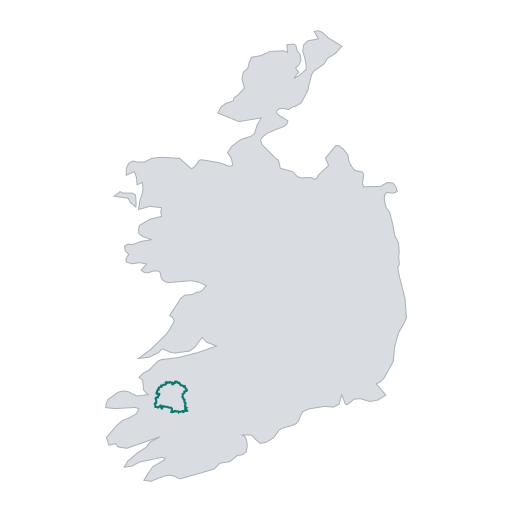 Castleisland Lea-4, Kerry, Ireland shown in context
{"feature_id": "5873133B10619392934553", "entity_name": "Castleisland Lea-4", "entity_type": "district", "adm_level": 2, "iso_a3": "IRL", "parent_name": "Ireland", "parent_adm1": "Kerry", "projection": "mercator", "projection_center": [-9.401, 52.23], "detail": "fine", "context": "in_parent", "style": "outline", "palette": "teal", "viewbox_px": 512, "rotation_deg": 0, "n_neighbors": 0, "source": "geoboundaries", "source_scale": "gbopen_adm2", "svg_char_len": 8463}
<svg xmlns="http://www.w3.org/2000/svg" viewBox="0 0 512 512"><path d="M324.2,63.8L313.3,71.6L311.7,74.5L308.6,86.3L308.2,89.6L301.4,102.7L297.5,105.3L291.8,107.5L288.5,109.6L284.4,108.5L279.2,108.7L276.6,111.0L276.7,112.8L278.2,114.8L287.9,120.8L287.3,123.3L284.6,126.1L267.3,133.1L262.2,137.3L260.4,140.1L262.2,144.8L276.0,158.7L278.4,160.2L280.4,168.3L292.5,171.6L297.5,176.7L301.8,177.9L311.1,177.5L314.8,179.3L317.0,177.9L318.2,175.3L328.6,165.4L325.4,158.1L335.9,145.5L338.8,145.7L343.7,149.5L347.8,154.8L349.1,162.0L352.9,168.4L355.4,170.6L362.1,171.9L363.7,174.4L362.5,183.6L363.5,186.7L380.5,186.5L387.3,182.4L393.2,183.2L396.1,187.3L397.4,191.6L392.3,193.2L387.0,192.3L384.5,195.1L384.3,200.5L386.1,207.4L389.6,212.3L392.5,223.3L394.8,235.5L398.5,242.9L399.2,252.0L398.7,256.5L399.3,264.5L397.8,267.3L399.0,274.9L405.1,299.0L406.4,317.8L403.3,324.8L399.2,331.5L396.6,339.4L394.5,347.9L393.3,361.5L384.4,377.5L380.7,381.5L376.3,383.9L385.8,395.0L378.1,400.0L369.6,401.5L360.2,398.7L354.3,399.1L346.9,404.8L345.2,403.8L341.7,394.7L339.1,404.1L333.7,407.1L324.4,406.4L308.9,408.9L303.0,411.6L300.5,415.8L298.7,420.6L296.2,423.5L293.5,425.0L281.6,428.5L279.2,429.9L273.7,437.7L266.4,442.2L260.4,443.5L255.1,439.0L252.9,436.3L250.4,434.9L242.2,435.1L244.8,436.5L246.5,439.7L247.3,445.8L246.3,451.8L242.3,454.8L237.5,455.4L229.8,461.6L219.8,463.3L214.3,469.0L181.0,478.6L179.1,478.7L174.5,476.2L169.6,475.2L164.6,475.9L150.6,481.3L143.9,480.2L152.5,466.9L164.1,460.1L165.3,458.3L161.5,457.4L139.5,462.1L131.9,466.1L124.2,467.2L127.8,461.1L137.6,452.8L146.1,447.3L149.8,442.3L160.2,436.7L126.7,448.3L117.9,446.9L115.9,443.7L109.0,445.2L106.4,437.4L116.6,425.6L122.5,420.5L129.5,417.7L136.3,413.8L138.8,408.9L135.6,407.4L115.3,408.6L105.6,407.6L106.2,403.7L108.0,399.5L118.0,392.2L123.4,391.0L128.3,391.7L136.9,396.0L148.2,394.6L143.5,390.0L142.7,380.5L139.0,377.3L143.7,372.9L149.0,370.2L157.9,361.1L161.1,359.7L178.6,357.5L197.6,352.7L216.4,346.0L206.8,342.3L202.1,337.4L194.7,347.3L189.4,351.1L174.3,353.1L169.5,352.0L162.8,348.9L160.7,350.1L158.8,352.5L148.8,357.3L138.3,358.5L150.5,349.6L166.0,334.5L169.4,329.7L174.3,321.3L172.8,317.6L169.6,315.5L180.8,298.3L184.8,295.2L192.0,294.6L197.3,291.9L199.6,291.9L201.7,290.9L206.3,285.7L199.2,282.4L191.8,280.7L169.0,282.5L166.0,282.1L163.2,280.5L161.4,278.2L160.0,272.3L158.3,271.0L153.2,271.0L148.1,272.8L144.6,272.6L141.1,270.1L146.6,264.0L139.5,262.6L132.3,263.8L126.2,262.0L126.1,258.2L128.8,254.4L125.2,250.8L124.5,246.2L128.3,244.0L132.4,244.7L140.9,241.4L151.8,239.7L142.5,236.4L138.8,233.6L138.6,229.2L139.3,225.5L150.1,219.1L161.6,216.4L160.8,212.2L161.6,207.7L149.9,206.3L138.5,209.5L139.7,200.9L142.4,193.1L143.0,187.9L142.4,182.4L137.1,184.8L136.4,177.0L134.1,171.6L126.2,175.3L126.4,168.2L128.7,163.3L132.8,161.1L137.0,162.0L144.6,162.0L152.0,158.2L162.7,157.3L179.7,158.4L191.4,168.9L194.4,167.1L199.1,160.4L201.3,159.7L218.9,162.6L229.9,166.4L232.8,165.2L231.2,157.9L227.4,152.7L232.2,146.0L237.9,141.5L241.8,139.2L250.6,136.4L254.5,133.7L257.1,125.1L261.2,117.9L238.9,121.6L217.7,113.0L221.1,107.0L225.6,103.5L233.3,100.9L234.0,97.7L237.9,95.1L244.4,88.1L242.0,79.1L243.3,72.4L247.9,68.1L249.4,61.9L251.5,57.3L260.9,55.6L270.0,51.4L284.0,50.8L287.6,52.5L286.8,44.9L293.3,44.0L295.9,45.5L297.0,50.8L300.0,54.2L301.0,60.2L298.9,64.8L295.6,68.3L298.7,71.9L293.9,78.4L299.0,75.6L306.3,69.2L306.0,64.0L304.7,57.5L302.7,51.5L303.6,45.0L307.7,40.9L318.5,38.8L314.1,31.4L318.0,30.7L322.3,32.3L328.6,38.1L342.0,46.2L335.4,53.4L327.4,58.4L324.2,63.8ZM136.1,203.8L135.8,207.1L130.7,202.9L128.2,198.3L114.2,196.2L120.1,191.6L122.9,193.0L132.8,193.2L135.6,195.1L136.1,203.8Z" fill="#d9dde1" stroke="#a8b0b8" stroke-width="1"/><path d="M186.5,389.2L185.9,388.9L185.6,388.6L185.4,388.1L185.4,387.8L185.2,387.5L185.1,387.0L184.9,386.6L184.5,386.5L184.4,386.4L184.4,386.2L184.2,386.3L184.3,386.4L184.1,386.5L184.1,386.4L184.1,386.0L183.8,386.0L183.5,386.2L183.1,385.9L182.9,385.9L182.7,385.7L182.4,385.5L182.0,385.5L181.8,385.3L181.5,385.3L181.1,385.2L180.8,385.3L180.7,385.2L180.8,385.1L180.7,384.9L180.2,384.4L180.1,384.2L179.8,383.9L179.8,383.6L179.5,383.4L179.4,383.2L179.2,383.4L178.9,383.1L178.7,382.8L178.1,382.9L178.0,382.5L177.5,382.1L177.3,382.0L177.1,382.0L176.9,381.9L176.6,381.8L176.1,381.4L175.6,381.5L175.3,381.6L174.9,381.8L174.6,382.3L174.5,382.5L174.6,382.8L174.8,383.0L174.4,383.1L174.0,383.0L173.4,383.1L173.0,382.9L172.9,383.1L172.8,383.7L173.1,384.3L172.9,384.4L172.5,383.9L172.2,384.0L172.1,383.2L171.6,382.7L171.2,382.6L171.1,382.4L170.8,382.2L170.6,382.1L170.4,382.2L170.2,382.0L169.0,382.3L168.9,382.3L168.9,382.5L168.7,382.4L168.2,382.7L167.8,382.7L167.6,382.8L167.4,382.7L167.0,382.6L166.7,382.1L165.7,382.4L165.7,382.7L166.0,383.4L166.5,383.4L166.5,383.5L166.3,383.7L165.8,384.0L165.5,384.5L165.0,384.6L164.4,384.9L164.1,384.9L163.4,384.7L162.9,385.2L162.6,385.4L162.2,385.5L161.2,385.6L161.3,385.9L161.5,386.7L160.7,386.9L160.2,387.1L159.0,387.5L159.0,387.9L158.7,388.1L158.7,388.3L158.6,388.2L158.5,388.4L158.5,388.5L158.4,388.6L158.3,389.1L158.2,389.2L158.4,389.4L158.3,389.7L157.9,389.7L157.7,390.0L157.6,390.5L157.2,390.8L157.1,391.1L157.1,391.4L157.2,391.7L157.1,392.5L156.6,392.5L156.5,392.8L156.7,393.0L156.5,393.4L156.6,393.7L156.9,393.7L157.2,393.8L157.4,393.9L157.4,394.0L157.8,394.1L158.0,394.1L158.2,393.7L158.6,393.7L159.2,393.9L159.3,393.9L159.3,394.1L159.2,394.1L159.2,394.3L159.0,394.8L159.0,395.0L158.9,395.0L159.0,395.1L158.8,395.4L158.9,395.5L158.7,395.7L158.5,395.8L158.2,396.1L158.0,396.5L158.0,396.8L158.0,397.1L157.9,397.5L157.4,397.5L157.1,397.3L156.6,397.6L156.1,397.5L155.9,397.9L155.5,398.4L156.0,399.9L156.1,400.0L156.2,400.3L156.2,400.6L156.2,400.8L156.2,401.4L156.3,401.7L156.2,401.8L156.3,402.0L156.2,403.1L155.8,403.2L155.5,403.3L155.2,403.7L154.9,403.6L155.0,403.7L155.0,403.8L154.8,403.6L154.7,403.7L154.7,403.8L155.1,404.3L155.0,404.5L155.1,404.9L155.1,405.0L155.2,405.3L155.3,405.7L155.4,405.9L155.4,406.2L155.4,406.3L155.5,406.5L155.5,407.0L156.6,407.0L157.1,407.1L157.4,407.3L157.4,407.2L157.7,407.2L157.8,407.3L158.0,407.2L158.6,406.8L159.1,406.6L159.4,406.7L159.6,406.4L159.7,406.2L159.9,406.0L160.4,405.7L160.4,405.8L160.3,406.1L160.5,406.4L160.6,406.5L160.8,407.0L161.3,407.7L161.3,407.9L161.8,408.6L162.0,408.6L162.1,408.4L162.1,408.0L162.5,407.2L162.9,407.0L163.0,406.6L162.9,406.3L162.8,406.2L163.6,406.2L163.7,406.3L164.1,406.3L165.1,406.8L165.5,406.7L165.9,406.8L166.2,406.7L167.4,406.9L167.9,407.1L168.1,407.4L168.4,407.5L169.3,407.5L170.2,407.8L170.6,407.6L171.0,407.6L171.5,408.1L171.9,408.6L171.8,408.9L171.9,409.7L171.8,410.1L171.8,410.3L172.0,410.8L171.7,411.1L171.6,411.4L171.4,411.5L171.4,411.8L171.3,412.0L171.7,412.1L171.9,412.1L172.1,412.2L172.6,412.1L172.8,412.0L173.4,412.0L173.6,412.0L173.8,411.5L174.1,411.4L174.4,411.0L174.6,410.8L175.1,410.9L175.2,411.0L175.6,411.1L175.9,411.5L176.2,411.6L176.4,411.4L176.5,411.3L177.1,411.4L177.6,411.6L178.1,411.4L178.3,411.5L178.6,411.5L178.8,411.8L179.0,411.9L179.0,412.0L179.1,411.9L179.7,411.9L180.2,411.8L180.6,411.8L181.2,411.6L181.9,411.3L182.7,411.0L183.1,411.2L183.2,411.7L183.4,411.9L183.4,412.1L183.5,412.1L183.6,411.8L184.0,411.4L184.5,411.2L184.3,410.7L184.9,410.5L185.4,410.6L185.7,410.7L185.9,410.7L186.0,410.7L186.2,410.8L186.5,410.8L186.8,410.8L186.9,411.0L187.0,411.0L187.1,410.9L187.0,410.7L186.9,410.6L186.9,410.3L186.8,410.2L186.5,410.2L186.4,410.2L186.5,410.2L186.3,410.0L186.2,409.8L186.2,409.5L186.2,409.4L186.2,409.6L186.0,409.4L185.8,409.3L185.9,409.2L185.8,408.9L185.7,408.8L185.9,408.7L185.9,408.4L185.7,408.1L185.9,408.0L185.5,407.9L185.5,407.7L185.5,407.4L185.4,407.3L185.3,407.2L185.2,407.0L185.2,406.9L185.2,407.0L185.3,406.9L185.2,406.8L185.2,406.7L185.3,406.7L185.2,406.6L184.9,406.3L184.9,406.1L185.0,406.1L185.0,405.9L185.0,405.6L185.1,405.4L185.3,405.0L185.3,404.9L185.3,404.7L185.5,404.3L185.5,404.2L185.3,403.9L185.3,403.7L185.4,403.4L185.4,403.2L185.5,402.9L184.7,402.5L184.7,402.4L184.6,402.2L184.4,401.9L184.4,401.7L184.5,401.1L184.5,400.8L184.4,400.9L184.3,400.7L184.3,400.4L184.3,400.2L184.2,400.2L184.1,399.9L184.1,399.7L183.8,399.0L183.6,398.9L183.4,398.9L183.2,398.7L183.3,398.4L183.3,398.2L183.2,398.1L183.2,397.9L182.9,397.3L182.4,396.9L182.6,396.7L182.6,396.2L182.8,394.7L182.6,394.1L184.1,393.2L184.4,393.0L184.5,392.7L184.4,392.6L184.2,391.8L184.3,391.5L184.4,391.4L186.1,391.0L186.6,391.0L186.7,390.9L186.8,390.6L186.8,390.4L186.9,390.1L186.8,389.9L186.5,389.5L186.5,389.2Z" fill="none" stroke="#0f766e" stroke-width="2"/></svg>